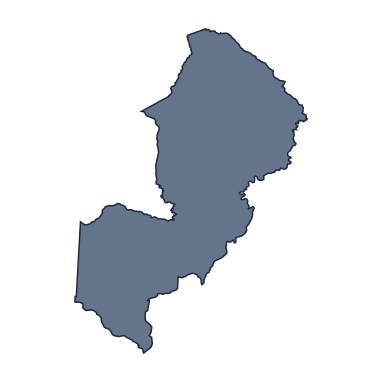 São Francisco do Guaporé, Rondônia, Brazil (Robinson projection), rotated 273°
{"feature_id": "56859067B18532063940757", "entity_name": "São Francisco do Guaporé", "entity_type": "district", "adm_level": 2, "iso_a3": "BRA", "parent_name": "Brazil", "parent_adm1": "Rondônia", "projection": "robinson", "projection_center": [-63.11, -12.38], "detail": "fine", "context": "isolated", "style": "filled", "palette": "slate", "viewbox_px": 384, "rotation_deg": 273, "n_neighbors": 0, "source": "geoboundaries", "source_scale": "gbopen_adm2", "svg_char_len": 6082}
<svg xmlns="http://www.w3.org/2000/svg" viewBox="0 0 384 384"><g transform="rotate(273 192 192)"><path d="M286.0,163.4L269.9,137.3L269.5,140.1L268.3,141.0L267.2,141.3L265.2,143.6L265.0,145.4L264.1,147.3L263.5,150.2L261.5,151.9L258.9,152.0L257.9,152.5L255.2,155.7L252.5,155.9L247.7,154.2L242.3,154.3L241.0,155.2L237.1,154.7L233.1,156.2L232.3,156.0L230.2,156.6L216.3,154.4L212.1,155.0L207.9,155.0L201.9,156.4L200.8,155.6L199.0,155.7L198.2,156.0L197.6,157.2L197.8,157.9L197.5,158.8L196.4,160.3L196.1,159.8L196.4,159.0L195.2,158.8L194.5,159.1L194.5,160.3L194.0,161.2L193.7,162.7L193.0,162.2L192.3,162.4L191.4,163.6L190.7,162.7L189.7,162.3L188.9,162.9L188.0,162.7L187.5,162.3L187.2,161.6L186.5,162.6L185.9,161.3L185.1,161.8L184.7,162.5L184.7,163.4L183.9,163.7L183.0,164.6L181.0,165.0L180.0,166.0L180.0,166.8L180.4,167.5L180.1,168.1L180.9,169.2L181.0,170.5L179.4,172.4L179.6,173.1L179.2,173.6L179.0,175.3L177.8,175.3L176.9,174.0L176.2,174.3L175.4,173.5L174.6,174.0L174.4,172.9L172.8,171.8L172.4,172.1L171.8,173.7L170.7,172.9L170.2,173.5L170.4,175.1L168.9,177.5L168.4,177.2L167.9,176.2L167.9,175.2L167.3,175.6L166.4,174.1L165.4,173.7L164.7,173.9L163.6,175.5L162.9,175.3L162.5,174.7L163.3,173.0L163.3,172.3L162.8,172.0L161.9,169.3L163.4,166.0L163.4,159.1L164.4,158.3L165.2,155.7L164.4,153.8L164.4,152.5L165.9,152.2L166.4,151.3L166.7,149.5L167.7,147.1L167.1,145.4L169.3,143.0L169.3,142.2L169.8,140.6L169.6,138.6L170.0,138.0L169.8,136.1L171.1,132.3L170.8,128.5L171.1,127.9L174.2,125.6L174.9,124.5L175.5,121.7L176.3,120.7L176.6,119.4L176.0,118.3L176.5,118.0L175.0,115.9L174.0,113.0L174.1,109.7L173.6,108.1L172.7,106.9L172.6,106.1L171.0,105.2L169.4,103.6L168.1,103.3L166.6,103.8L161.2,100.5L159.6,97.5L158.1,96.8L156.9,94.6L157.1,94.0L154.7,91.5L153.4,86.9L156.4,82.2L81.6,81.9L81.6,80.8L76.1,80.8L75.8,81.8L76.3,84.8L74.9,88.5L73.3,89.2L70.7,88.9L68.5,91.5L68.2,93.2L69.1,97.8L68.1,100.7L66.4,103.1L64.8,103.3L63.8,105.8L61.6,107.9L58.0,108.3L52.7,111.3L51.6,112.9L51.4,114.5L50.1,117.0L45.4,120.0L44.3,122.5L43.8,127.0L44.6,129.5L44.9,131.5L44.6,132.9L43.6,133.8L41.5,138.9L40.8,140.2L39.7,140.8L39.3,142.6L37.2,146.2L36.1,146.9L35.8,146.3L35.4,146.9L33.8,146.6L33.2,150.3L30.4,151.8L29.8,151.5L28.6,152.2L34.7,159.1L38.3,160.3L44.7,159.3L46.5,156.8L49.4,158.4L55.0,158.9L57.7,156.8L60.7,152.4L64.9,151.7L69.2,151.8L70.4,152.2L71.0,153.8L79.7,155.0L81.4,154.9L81.4,153.5L82.0,153.8L83.9,156.6L85.1,161.2L86.6,162.7L88.4,163.4L88.8,164.1L89.0,165.4L88.4,167.8L89.1,169.9L89.6,174.0L90.3,175.9L92.0,177.1L92.3,179.2L93.3,181.1L94.8,182.6L106.5,182.6L106.0,186.0L106.1,187.2L106.9,188.1L107.2,190.0L109.1,191.8L110.9,196.7L110.1,201.0L107.6,202.4L106.9,204.1L105.9,205.1L104.1,205.8L101.6,206.0L100.0,206.7L101.6,208.5L102.4,208.8L105.2,208.5L109.2,210.3L110.8,210.6L111.5,211.1L112.5,213.1L117.0,214.5L119.3,216.4L122.2,217.1L124.0,218.0L128.1,225.5L132.6,229.9L134.0,230.0L138.2,228.8L143.3,229.2L144.6,229.8L144.0,231.8L144.0,232.8L144.3,233.6L145.9,235.3L146.0,236.0L143.5,236.7L143.5,237.6L144.0,238.3L144.8,238.5L146.8,237.9L148.8,238.7L149.3,239.4L150.5,243.7L153.4,247.0L154.7,247.8L156.3,248.6L159.6,248.1L161.5,249.1L162.8,250.4L169.4,253.2L172.4,253.7L175.2,253.5L179.3,255.0L180.7,253.6L179.3,251.9L179.1,250.7L178.3,250.0L178.4,249.1L181.1,249.7L183.4,247.8L185.9,248.1L186.9,247.8L188.2,246.2L188.1,244.9L186.9,242.9L186.9,242.0L187.5,241.4L189.4,242.0L191.0,244.8L191.9,245.1L193.0,244.6L193.2,243.8L192.2,241.7L192.2,240.7L193.0,239.6L193.7,239.4L194.6,240.5L194.7,242.8L195.1,243.6L197.5,244.7L197.1,245.8L198.0,246.4L199.1,245.8L199.6,246.1L200.8,248.2L201.8,248.6L203.6,247.8L205.4,248.4L205.8,249.2L205.7,250.3L204.5,252.1L204.8,253.4L208.0,254.0L210.0,253.4L211.1,254.3L211.1,255.2L210.5,256.1L208.3,257.0L207.8,257.5L207.3,259.1L207.3,261.1L208.2,262.8L209.7,263.2L211.1,262.6L211.8,262.8L213.5,265.0L214.6,267.1L214.8,270.1L215.6,271.2L215.8,272.7L216.1,273.4L218.0,274.7L218.5,275.5L218.2,278.3L220.4,279.2L219.6,283.3L220.4,284.9L221.8,285.7L223.5,285.6L225.0,286.2L225.2,288.1L226.2,289.3L227.2,289.2L228.6,286.8L229.5,286.8L230.7,287.5L231.3,289.1L232.2,288.3L232.4,286.7L233.1,285.9L236.0,285.5L237.0,286.2L238.8,288.3L240.4,288.6L241.5,289.6L243.2,290.0L243.7,290.8L243.8,291.9L244.8,293.1L246.1,293.2L247.2,291.5L248.5,291.4L250.0,290.1L254.5,291.0L258.0,290.3L257.4,289.6L258.5,289.3L259.7,289.7L259.7,292.9L260.0,292.5L261.7,292.7L262.3,293.9L263.4,294.2L263.6,293.1L264.3,292.9L264.8,292.1L266.2,292.0L265.8,294.6L266.7,294.8L266.5,294.1L267.4,293.8L268.5,294.8L269.3,295.8L268.7,296.5L269.0,297.5L268.1,299.9L268.7,300.7L269.3,300.3L270.1,302.9L271.1,303.2L271.3,302.5L272.5,302.0L273.3,302.3L274.8,301.8L276.5,298.0L278.4,298.7L279.4,298.4L281.6,298.8L284.5,297.4L284.6,295.1L285.2,293.9L289.2,291.8L290.2,290.4L290.8,288.7L294.1,284.9L294.8,282.6L297.1,279.8L297.1,279.2L300.3,279.3L301.5,277.7L302.3,277.4L302.6,276.5L304.9,278.5L307.1,279.1L307.6,277.6L307.9,273.7L309.3,271.8L311.1,268.1L313.6,266.9L315.6,266.5L316.6,267.0L317.3,266.8L319.5,262.6L324.5,258.4L326.0,253.8L327.2,252.7L327.4,251.3L328.7,248.9L330.5,248.7L331.2,247.4L331.3,246.2L333.3,243.5L334.5,241.0L334.9,239.1L336.0,236.2L337.6,234.9L338.9,232.7L341.9,231.2L344.6,227.8L346.9,226.0L348.3,223.8L350.2,222.3L352.2,219.1L352.4,217.8L351.9,213.9L352.3,212.4L351.7,212.3L351.1,210.8L352.5,207.4L354.0,206.3L353.5,203.3L354.0,202.7L353.4,202.4L353.1,201.5L355.1,200.3L354.9,198.7L355.3,197.9L354.6,198.0L355.4,196.1L354.7,195.5L354.7,194.0L354.1,193.5L348.3,179.5L346.6,178.9L345.5,179.9L343.7,179.9L339.8,181.7L339.0,181.6L336.9,182.2L335.4,183.5L334.5,183.7L333.6,183.3L332.4,184.3L329.9,184.5L327.7,182.2L326.7,182.0L326.1,181.4L325.6,180.4L322.0,179.0L320.8,177.6L318.1,176.5L317.7,176.0L316.6,175.5L315.2,176.2L313.7,176.0L313.6,175.4L313.0,174.8L312.0,174.6L311.4,175.0L310.9,174.4L310.1,174.3L309.3,173.0L308.1,172.3L304.8,172.6L303.7,171.6L301.1,170.6L300.4,169.4L299.7,169.4L299.0,170.0L297.5,169.1L296.4,167.1L296.2,166.0L294.9,165.8L294.5,165.3L293.4,165.5L292.4,166.4L290.4,166.7L288.7,165.8L287.3,164.1L286.0,163.4Z" fill="#64748b" stroke="#1e293b" stroke-width="1.5"/></g></svg>